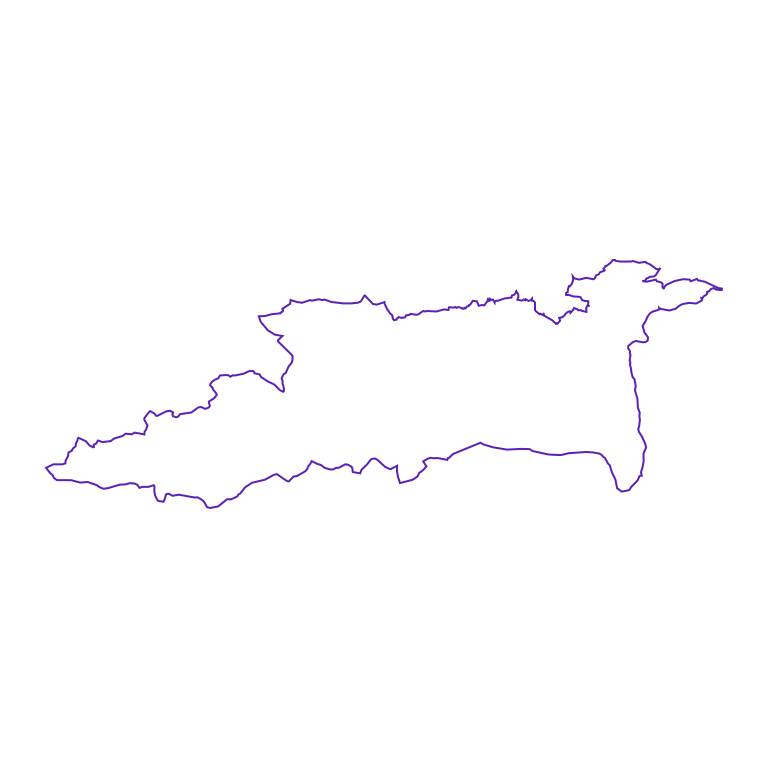 Toplita, Hunedoara, Romania (Robinson projection)
{"feature_id": "2599482B44400437971593", "entity_name": "Toplita", "entity_type": "district", "adm_level": 2, "iso_a3": "ROU", "parent_name": "Romania", "parent_adm1": "Hunedoara", "projection": "robinson", "projection_center": [22.735, 45.666], "detail": "fine", "context": "isolated", "style": "outline", "palette": "violet", "viewbox_px": 768, "rotation_deg": 0, "n_neighbors": 0, "source": "geoboundaries", "source_scale": "gbopen_adm2", "svg_char_len": 6097}
<svg xmlns="http://www.w3.org/2000/svg" viewBox="0 0 768 768"><path d="M617.1,488.2L621.7,491.6L628.6,490.3L629.7,489.5L631.0,487.2L637.6,480.4L639.6,475.9L641.8,475.7L641.0,472.2L642.5,467.4L643.6,461.7L643.5,453.7L646.1,447.5L645.1,443.5L641.9,436.6L638.9,431.8L638.2,428.8L639.1,426.5L639.9,419.9L639.4,416.3L639.7,412.6L637.9,407.8L637.4,398.6L635.0,390.5L635.7,385.9L634.5,379.3L632.6,377.0L631.1,371.1L631.3,369.9L630.0,364.6L630.4,362.5L629.6,360.7L630.5,354.9L629.8,353.5L630.0,351.3L628.1,348.2L628.3,346.0L632.9,342.1L635.8,341.0L643.2,342.3L645.4,342.1L647.7,340.6L648.0,337.3L644.5,332.5L642.6,325.9L645.5,321.4L647.6,316.5L650.1,313.3L652.6,311.6L658.7,309.8L659.1,309.3L659.1,307.7L660.2,308.8L669.3,310.5L675.5,308.8L679.5,305.6L682.5,304.1L689.0,302.9L696.2,303.5L701.3,300.8L702.1,299.8L701.4,298.0L702.4,298.2L703.5,296.5L706.5,294.5L707.3,293.2L707.0,292.1L709.3,291.1L710.7,289.2L713.4,288.1L716.5,289.6L721.5,290.1L721.9,289.8L721.8,288.5L718.5,288.1L704.7,281.7L697.9,280.3L697.0,278.9L690.6,281.3L689.7,279.6L683.1,279.2L675.0,280.9L666.5,284.7L664.6,286.6L664.0,288.3L663.3,288.4L662.5,287.2L662.6,283.8L660.8,282.2L656.8,281.3L655.9,279.6L646.8,281.7L642.4,281.2L645.5,280.3L646.6,278.3L647.8,278.2L649.6,276.9L654.1,276.4L655.9,274.9L660.4,268.0L658.9,269.3L656.4,269.1L650.1,264.4L646.5,262.9L645.5,261.9L639.0,262.8L632.7,261.0L631.2,261.5L619.7,261.5L615.8,260.9L615.0,260.0L612.5,260.2L610.9,262.6L606.5,265.9L605.4,266.0L605.4,266.5L603.5,268.5L603.9,270.2L604.5,270.3L603.9,271.0L600.1,272.1L598.9,274.2L596.0,275.5L594.7,278.5L593.4,279.3L586.5,277.8L579.2,279.6L574.4,278.4L572.8,276.3L573.2,279.5L572.1,283.4L569.9,286.2L569.0,286.1L568.1,288.6L567.6,292.2L566.0,293.2L566.2,295.1L568.8,294.9L573.1,296.4L579.9,296.9L580.6,297.3L582.0,300.0L585.2,301.1L587.9,301.0L588.4,301.7L587.9,304.9L589.4,306.2L587.5,305.7L587.0,306.2L586.2,308.2L586.5,311.9L581.8,310.9L581.3,310.2L578.3,310.3L577.0,309.1L573.9,308.1L573.2,309.9L570.4,312.9L569.9,311.3L568.0,311.8L565.6,313.7L564.1,315.9L561.7,317.5L559.2,317.8L560.1,320.7L557.6,323.6L556.6,323.2L556.1,323.9L552.3,320.3L543.6,315.4L543.9,314.1L543.4,313.8L542.8,315.0L540.2,313.7L539.8,314.3L536.0,311.4L535.0,310.0L535.0,302.7L533.8,301.0L532.0,300.6L532.0,298.6L530.5,300.3L528.5,300.9L525.6,299.2L525.2,300.1L523.7,299.5L521.9,300.6L517.4,299.7L518.3,297.4L518.3,294.5L516.3,291.2L515.4,293.4L514.1,294.8L511.9,295.5L511.5,297.6L504.8,298.4L497.4,300.9L496.4,300.6L494.9,301.3L494.7,302.6L493.0,299.6L491.6,299.9L489.8,298.8L489.9,300.5L489.4,300.7L487.9,299.3L487.6,300.7L488.0,301.2L487.2,301.4L484.3,305.4L482.0,305.0L478.8,305.8L476.8,301.3L472.8,300.8L470.3,304.6L469.1,304.9L468.9,305.9L467.1,306.5L465.9,307.7L464.8,307.8L465.1,308.4L462.3,308.8L462.0,308.1L458.4,307.1L456.4,307.8L455.6,307.0L453.2,307.7L450.1,307.2L449.0,307.4L448.5,310.0L444.1,309.4L436.4,311.5L427.1,311.0L425.5,311.5L423.1,311.0L418.5,314.3L416.4,314.8L410.5,313.8L409.7,314.8L406.2,315.3L404.9,317.4L401.5,317.9L398.7,317.1L396.4,319.2L396.4,319.7L394.0,320.2L392.8,318.7L392.4,315.5L389.9,313.2L386.9,308.6L384.6,303.7L384.5,302.1L376.8,304.6L372.9,304.0L364.9,295.5L364.4,295.6L360.8,301.5L358.2,302.6L351.8,303.4L343.3,303.4L331.4,302.0L324.4,299.5L322.7,300.1L318.8,299.3L311.9,300.7L310.1,300.1L301.9,302.8L296.2,301.8L290.6,300.0L290.2,303.7L282.3,308.9L283.0,310.5L282.8,311.3L280.5,312.7L280.5,313.3L271.9,314.2L265.0,316.0L258.8,316.3L260.6,321.6L267.8,330.3L274.7,334.6L282.5,336.0L278.0,340.2L278.2,341.6L292.2,355.3L292.6,356.3L292.5,360.0L291.5,363.0L288.5,366.7L285.8,372.9L283.6,374.3L281.6,378.4L282.5,380.6L282.6,383.8L283.9,388.1L283.8,391.2L283.1,391.8L280.0,390.2L274.2,384.5L268.0,381.5L261.0,377.0L259.8,374.5L254.5,373.3L254.1,371.8L253.2,371.1L249.5,371.0L243.8,373.6L235.1,375.5L232.8,375.3L230.3,376.7L229.0,375.6L226.7,375.0L219.9,375.5L218.3,378.3L215.3,379.5L212.1,381.6L210.2,384.5L210.2,385.4L212.6,387.8L212.9,389.2L215.8,392.8L216.8,394.8L214.3,398.1L209.1,401.4L208.9,402.7L209.8,405.6L209.4,406.9L208.2,407.8L205.2,408.9L201.5,407.1L198.5,407.3L191.3,412.5L180.2,414.1L178.1,416.6L176.3,417.3L173.0,416.2L172.4,414.4L173.2,412.4L170.1,410.8L166.4,411.3L157.2,415.9L156.0,415.7L154.5,413.6L150.2,411.1L148.1,413.2L144.3,418.3L144.4,420.0L147.5,425.4L146.0,429.8L144.6,431.7L144.4,434.5L135.4,432.7L134.1,432.8L131.9,434.3L125.7,433.7L122.6,436.0L114.2,438.5L110.6,441.1L102.5,442.1L98.0,440.5L96.1,443.6L93.7,444.8L93.9,447.0L93.3,447.3L89.8,445.7L85.7,441.1L78.5,437.8L77.8,438.4L77.4,440.8L75.9,443.4L75.6,446.3L73.0,448.4L71.6,450.9L68.6,452.3L68.0,456.0L65.5,461.0L65.4,463.4L62.4,464.3L53.4,464.3L46.1,467.8L49.8,472.7L52.9,475.5L53.8,477.8L56.8,480.1L71.2,480.2L80.3,482.6L87.7,482.0L97.2,485.3L98.7,486.7L103.3,488.7L107.5,488.3L119.6,484.7L126.2,484.3L129.5,483.2L134.6,483.5L137.4,484.9L139.5,487.9L142.2,486.9L148.5,486.9L153.7,485.2L154.5,486.7L154.3,491.5L155.1,495.4L156.9,499.3L158.3,501.0L163.5,501.7L164.8,498.9L165.9,494.6L166.7,493.9L169.1,493.8L172.5,495.8L178.9,494.7L194.5,497.5L197.3,497.3L200.7,499.0L203.9,501.5L207.1,507.2L210.0,508.0L218.2,506.4L227.1,499.2L230.9,499.4L237.0,496.6L238.6,494.4L240.1,493.7L245.1,487.3L251.9,482.8L264.9,479.7L273.7,474.9L276.9,474.1L285.5,480.1L287.9,481.4L289.0,481.3L293.5,476.6L297.0,476.0L305.4,471.2L307.4,468.8L308.0,466.7L310.4,463.7L311.7,461.1L316.8,463.7L321.1,465.1L324.6,467.8L330.3,469.5L333.3,469.4L336.2,467.8L338.8,467.8L345.3,464.3L347.7,464.6L351.5,466.7L352.3,468.3L352.8,472.0L360.1,473.4L361.4,470.0L367.4,464.0L370.6,459.8L371.8,458.9L375.2,458.5L377.7,460.1L385.1,466.8L388.9,468.7L390.7,469.1L397.1,465.8L397.0,471.4L398.0,476.9L400.0,483.1L412.5,479.8L417.3,476.7L419.3,472.9L423.3,469.9L426.4,466.4L423.2,461.4L427.8,458.7L430.5,457.8L434.2,458.3L437.4,458.0L447.3,459.9L448.0,458.0L448.9,457.9L453.1,454.0L480.5,442.7L483.6,444.5L493.0,447.3L507.1,449.6L520.8,448.9L529.7,449.1L532.5,451.0L548.4,454.5L560.7,455.1L568.7,453.2L586.1,452.0L592.9,452.4L599.3,453.6L601.9,455.0L602.8,456.5L605.1,458.1L607.9,463.4L609.8,465.3L611.8,472.0L615.4,479.5L617.1,488.2Z" fill="none" stroke="#5b21b6" stroke-width="2"/></svg>